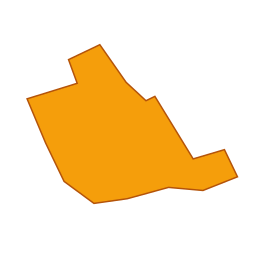 Urgench city, Khorezm, Uzbekistan (Mercator projection), rotated 337°
{"feature_id": "79887680B89988624723633", "entity_name": "Urgench city", "entity_type": "district", "adm_level": 2, "iso_a3": "UZB", "parent_name": "Uzbekistan", "parent_adm1": "Khorezm", "projection": "mercator", "projection_center": [60.587, 41.514], "detail": "fine", "context": "isolated", "style": "filled", "palette": "amber", "viewbox_px": 256, "rotation_deg": 337, "n_neighbors": 0, "source": "geoboundaries", "source_scale": "gbopen_adm2", "svg_char_len": 363}
<svg xmlns="http://www.w3.org/2000/svg" viewBox="0 0 256 256"><g transform="rotate(337 128 128)"><path d="M134.6,40.3L100.0,41.8L98.7,67.0L46.5,61.7L46.3,109.5L48.3,152.2L67.2,184.1L99.7,192.8L142.1,198.5L172.6,214.8L209.7,215.7L208.3,185.6L175.9,181.9L165.1,109.4L155.2,109.9L144.1,85.2L134.6,40.3Z" fill="#f59e0b" stroke="#b45309" stroke-width="1.5"/></g></svg>